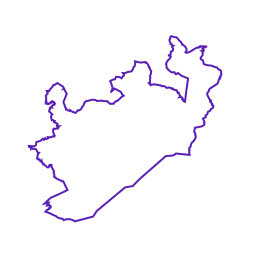 Vicente Guerrero, Puebla, Mexico, rotated 81°
{"feature_id": "50627088B56083749221896", "entity_name": "Vicente Guerrero", "entity_type": "district", "adm_level": 2, "iso_a3": "MEX", "parent_name": "Mexico", "parent_adm1": "Puebla", "projection": "natural_earth1", "projection_center": [-97.21, 18.536], "detail": "fine", "context": "isolated", "style": "outline", "palette": "violet", "viewbox_px": 256, "rotation_deg": 81, "n_neighbors": 0, "source": "geoboundaries", "source_scale": "gbopen_adm2", "svg_char_len": 5651}
<svg xmlns="http://www.w3.org/2000/svg" viewBox="0 0 256 256"><g transform="rotate(81 128 128)"><path d="M54.8,71.8L56.5,71.0L58.3,71.5L59.1,72.5L59.2,73.7L62.1,74.4L62.4,74.9L62.5,76.3L62.8,76.3L64.1,74.6L64.5,74.7L66.2,76.1L67.8,78.5L68.8,78.9L69.5,79.8L70.3,80.3L70.9,80.5L71.7,80.2L74.8,80.4L75.6,79.6L76.6,79.3L79.5,76.7L80.1,75.2L80.0,74.0L80.3,73.3L81.7,72.9L82.4,72.2L82.3,71.6L81.4,70.2L84.9,66.8L88.5,60.9L101.1,64.8L111.8,67.8L110.8,67.8L110.4,68.5L109.7,68.7L109.6,69.2L108.7,69.1L108.5,69.8L108.1,70.0L107.3,69.4L106.2,69.9L106.2,70.5L105.6,71.0L105.6,72.3L104.8,71.3L104.3,71.3L103.4,72.0L101.3,72.3L101.2,73.3L100.2,73.3L100.0,73.7L98.6,73.9L98.1,74.4L97.9,75.3L98.0,75.7L97.4,76.6L96.2,77.3L96.4,78.2L95.9,78.2L95.5,78.7L95.6,78.9L95.1,79.3L95.2,79.7L94.8,80.7L94.3,81.3L94.5,83.5L92.9,84.9L92.1,86.3L92.0,88.2L91.0,89.0L90.7,90.4L90.2,91.1L90.1,91.9L88.8,95.6L89.1,96.3L88.9,97.8L89.3,98.9L87.0,100.3L87.1,99.1L83.9,98.9L82.0,98.0L80.6,98.4L77.8,96.8L75.3,96.2L74.8,96.6L72.0,97.2L71.9,97.4L71.5,97.3L71.2,97.8L70.6,97.6L67.5,98.8L66.9,99.2L66.4,100.3L65.6,100.3L65.3,105.7L63.3,110.6L65.0,110.6L68.1,111.8L68.6,112.8L69.9,113.7L70.6,113.9L72.5,115.5L72.7,116.6L72.6,119.4L73.3,122.2L72.9,124.5L74.7,123.7L75.5,123.8L76.6,125.4L77.9,126.6L76.6,128.1L76.0,129.4L75.6,131.8L77.8,133.1L77.8,134.8L78.5,137.6L78.9,138.3L82.7,137.3L83.7,137.4L84.5,137.0L85.5,137.0L87.3,137.4L89.1,138.8L89.5,138.8L88.2,136.7L86.9,135.2L91.2,129.4L93.7,128.6L95.5,127.2L96.0,128.9L99.5,134.1L99.7,135.9L100.9,137.6L101.9,138.5L101.5,139.6L101.5,141.7L100.5,142.4L99.7,143.5L98.6,143.8L98.2,144.9L97.6,148.2L97.0,148.9L96.4,154.6L95.2,155.8L94.7,157.7L94.5,158.4L95.0,165.4L95.4,166.2L96.1,166.6L96.6,167.4L98.0,167.9L99.4,169.1L100.2,170.2L102.0,171.2L103.0,173.8L102.6,174.6L104.9,177.3L104.7,177.9L103.7,179.2L103.7,180.0L101.1,182.6L102.0,183.1L100.9,185.0L100.1,185.7L100.0,187.2L99.8,186.4L98.7,186.0L97.7,186.8L96.9,187.1L95.6,186.9L93.3,187.6L92.1,187.6L84.8,183.2L79.2,185.0L79.3,185.7L78.7,185.1L76.9,185.8L72.6,190.7L73.3,192.6L73.7,192.9L74.1,195.3L75.7,196.4L78.2,199.5L79.2,200.0L78.7,202.4L81.2,201.8L83.2,204.1L84.3,204.2L84.9,203.9L90.2,205.3L89.7,204.4L91.4,204.4L91.8,203.9L91.6,203.1L91.8,202.8L91.3,202.3L91.6,201.0L90.7,200.5L90.9,199.6L90.5,199.3L90.0,199.4L89.7,198.6L90.8,198.2L90.6,197.4L92.3,196.3L92.6,196.4L92.9,197.1L93.6,197.2L93.8,197.7L93.6,198.5L94.7,200.0L95.2,200.2L95.9,199.9L95.5,201.3L95.7,201.8L97.0,201.9L97.2,202.5L99.1,203.3L99.3,204.0L99.5,202.9L102.8,200.7L103.1,201.5L104.4,201.9L105.0,202.4L108.4,202.0L108.3,201.0L108.9,200.5L109.6,199.4L110.5,200.2L110.9,199.9L110.6,199.3L112.3,197.9L112.4,197.4L112.7,197.1L113.5,196.9L114.4,197.9L115.0,198.0L115.4,197.7L115.5,195.6L116.2,196.5L117.6,197.4L117.3,198.7L117.5,200.2L117.0,201.4L117.3,201.8L119.2,202.5L120.9,202.6L122.7,201.9L123.6,202.0L124.1,201.6L124.9,202.1L124.4,203.5L125.1,205.2L124.8,207.0L125.2,207.8L124.7,207.9L124.4,208.8L126.0,209.3L125.9,211.3L125.2,211.5L126.5,213.0L125.3,213.7L127.1,216.8L127.5,220.6L130.7,221.7L131.4,223.5L130.2,228.8L131.0,228.8L131.8,227.5L132.1,226.1L132.5,226.2L132.8,226.9L133.5,227.0L133.1,226.3L133.3,225.8L133.8,225.3L133.9,223.9L134.5,222.4L135.1,221.9L138.4,220.9L138.6,219.8L140.2,221.4L142.6,222.0L143.9,222.7L144.2,222.5L144.5,221.2L145.2,221.3L145.5,220.1L147.4,219.7L147.5,218.6L147.2,218.4L147.6,218.4L147.9,218.8L149.0,217.9L150.4,217.6L150.2,216.9L151.3,216.6L152.2,215.4L153.7,214.3L154.5,213.2L153.7,211.6L153.0,211.8L152.3,211.3L152.4,210.6L152.2,210.3L152.4,209.4L154.0,209.4L154.4,209.6L159.0,207.9L161.1,208.5L162.5,208.0L164.9,208.6L165.5,207.4L166.5,206.8L169.3,202.9L169.7,201.7L170.4,201.5L170.5,200.3L179.8,197.5L183.0,208.0L184.6,214.6L185.6,216.5L189.6,222.2L189.3,217.9L190.8,218.7L191.7,220.1L192.0,220.2L191.7,218.2L192.0,217.5L192.9,217.5L193.2,216.6L193.7,216.7L194.4,216.8L194.8,218.5L195.5,218.3L195.7,218.5L196.2,220.9L197.8,222.6L198.7,220.7L199.7,219.3L199.7,218.9L202.1,215.7L203.6,213.1L205.2,211.7L206.2,210.3L207.5,206.9L208.2,206.2L208.9,206.0L208.5,203.1L209.0,199.5L210.6,196.5L211.9,195.0L210.0,176.2L205.2,172.0L186.4,140.5L186.2,139.4L186.1,132.0L185.2,131.3L179.7,123.7L161.7,95.1L162.2,88.2L161.7,86.2L160.7,84.6L164.2,71.4L160.6,71.3L159.2,70.5L158.2,71.0L157.8,70.8L157.0,70.3L155.9,68.9L154.9,68.8L153.0,67.6L152.4,67.1L150.8,64.7L147.7,62.5L145.7,62.4L145.2,62.8L143.8,62.3L142.1,63.3L138.2,61.8L138.0,55.7L137.7,54.1L136.9,52.4L136.3,52.0L135.1,51.8L134.4,52.1L133.7,51.5L130.5,52.5L129.3,49.4L127.7,49.4L126.9,47.6L124.7,46.6L124.2,46.1L124.2,44.8L123.9,44.3L122.3,43.2L121.5,41.1L120.4,40.4L119.3,40.3L118.5,41.5L118.2,41.5L117.6,41.0L117.2,41.0L116.4,41.8L115.7,41.9L115.0,42.7L114.5,42.7L114.3,41.9L114.1,41.8L113.4,42.0L112.9,42.8L110.3,43.7L107.2,44.6L105.9,44.2L104.0,42.3L102.8,41.9L102.0,41.0L100.6,38.1L100.2,36.8L99.5,35.7L98.8,33.7L97.6,32.3L97.0,31.7L95.4,31.3L93.6,30.1L93.8,29.7L92.8,29.1L92.8,29.7L92.5,29.6L90.5,28.2L90.0,27.4L88.2,27.5L87.5,27.2L85.7,27.5L84.9,28.1L84.7,28.8L83.9,29.7L82.2,30.5L81.2,33.2L80.4,34.0L79.4,36.1L78.2,40.4L76.7,43.1L72.7,43.5L71.6,45.2L71.0,45.4L70.0,45.2L67.6,42.8L64.5,42.5L63.8,43.0L64.2,41.6L63.1,41.0L62.8,41.7L62.3,41.6L62.1,42.1L61.2,42.1L60.6,41.3L60.9,40.8L60.4,40.2L59.8,37.2L58.6,43.6L59.1,43.6L59.2,44.7L59.4,44.6L59.6,45.1L59.1,45.2L59.9,49.0L62.2,54.2L62.8,56.5L62.9,58.2L62.7,58.9L62.2,59.4L60.5,57.9L58.9,57.9L56.4,58.9L54.3,60.8L54.0,60.2L54.1,61.4L51.4,62.2L49.4,63.9L47.2,65.0L46.0,66.0L45.8,67.1L44.1,70.9L44.4,71.6L44.9,72.1L46.5,72.3L47.2,73.2L47.8,73.4L49.3,73.2L50.3,72.6L51.7,73.0L52.3,72.3L52.4,71.5L53.5,71.4L53.9,70.4L54.8,71.8Z" fill="none" stroke="#5b21b6" stroke-width="2"/></g></svg>